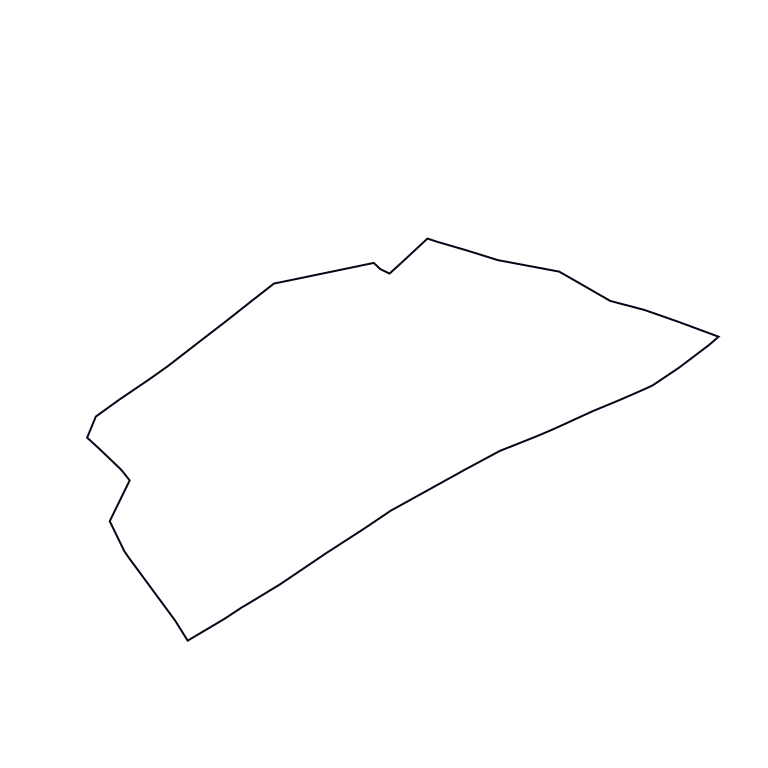 Alagoinha do Piauí, Piauí, Brazil (Mercator projection), rotated 238°
{"feature_id": "56859067B21124147099075", "entity_name": "Alagoinha do Piauí", "entity_type": "district", "adm_level": 2, "iso_a3": "BRA", "parent_name": "Brazil", "parent_adm1": "Piauí", "projection": "mercator", "projection_center": [-40.918, -6.952], "detail": "fine", "context": "isolated", "style": "outline", "palette": "ink", "viewbox_px": 768, "rotation_deg": 238, "n_neighbors": 0, "source": "geoboundaries", "source_scale": "gbopen_adm2", "svg_char_len": 880}
<svg xmlns="http://www.w3.org/2000/svg" viewBox="0 0 768 768"><g transform="rotate(238 384 384)"><path d="M492.1,439.5L509.8,391.6L527.5,343.9L524.6,316.1L521.0,283.5L518.1,253.9L513.7,210.1L512.7,193.2L512.4,187.9L511.6,166.9L511.1,152.8L509.1,122.4L495.8,103.8L479.6,108.3L452.1,115.3L447.3,116.1L437.0,117.2L434.3,112.9L413.0,78.7L379.9,75.2L372.2,75.5L347.7,77.4L294.1,81.5L270.4,81.5L269.4,124.0L269.9,145.0L269.7,151.7L269.2,189.8L271.2,245.5L271.9,291.4L273.0,322.7L269.7,384.2L268.9,398.6L268.6,405.7L265.9,446.7L258.7,486.2L255.9,504.1L252.7,528.7L250.3,547.1L245.6,575.1L241.3,604.2L240.5,611.0L241.5,642.7L244.9,680.7L246.8,692.8L281.1,666.3L308.9,644.0L334.5,619.9L364.3,604.0L386.5,592.1L407.9,568.8L411.7,564.7L428.9,546.0L452.6,525.7L475.9,504.9L484.3,497.9L478.0,465.3L474.7,447.2L483.5,441.7L492.1,439.5Z" fill="none" stroke="#020617" stroke-width="2"/></g></svg>